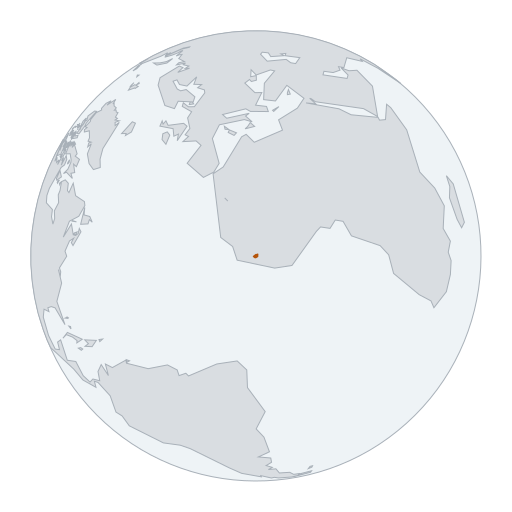 the Earth from above Koundara, rotated 318°
{"feature_id": "GIN-5646", "entity_name": "Koundara", "entity_type": "Prefecture", "adm_level": 1, "iso_a3": "GIN", "parent_name": "Guinea", "parent_adm1": "", "projection": "orthographic", "projection_center": [-13.196, 12.344], "detail": "fine", "context": "on_globe", "style": "filled", "palette": "amber", "viewbox_px": 512, "rotation_deg": 318, "n_neighbors": 0, "source": "natural_earth", "source_scale": "10m", "svg_char_len": 9208}
<svg xmlns="http://www.w3.org/2000/svg" viewBox="0 0 512 512"><g transform="rotate(318 256 256)"><circle cx="256" cy="256" r="225" fill="#eef3f6" stroke="#a8b0b8"/><path d="M191.0,40.3L188.2,41.2L187.8,41.8L169.8,51.0L174.3,49.5L170.4,53.0L174.1,52.8L169.7,55.3L176.5,53.1L179.8,51.0L183.9,49.5L186.4,49.4L181.2,52.3L179.2,52.7L179.0,53.6L175.3,55.1L178.6,54.3L172.0,58.2L182.2,54.4L180.0,57.6L174.6,60.2L170.5,59.8L147.8,67.4L141.1,71.1L135.8,76.2L135.8,85.2L130.3,90.0L126.4,96.4L131.5,93.4L136.4,87.5L145.0,84.3L150.0,78.2L154.2,76.2L161.2,70.6L165.2,71.8L165.2,76.3L159.6,81.3L159.4,83.7L168.9,79.6L162.3,90.5L164.9,100.8L162.6,104.0L150.9,107.9L140.6,105.3L125.4,113.0L140.3,108.7L134.4,117.9L135.6,120.0L138.9,120.3L143.1,117.3L142.1,120.9L127.0,125.8L127.7,122.5L132.4,120.8L127.5,120.0L117.3,124.6L115.2,129.5L102.0,133.3L100.3,137.1L96.5,140.5L100.1,133.9L93.4,146.1L77.6,156.5L68.1,179.2L72.0,160.1L70.0,156.6L66.7,155.2L64.9,158.8L62.9,153.7L57.0,159.1L48.7,176.1L44.5,190.8L47.3,194.1L51.0,187.2L54.7,187.6L46.0,207.2L51.5,213.8L47.5,229.3L48.3,238.6L52.5,238.3L56.4,244.1L61.3,236.1L68.3,233.1L66.3,246.1L71.8,235.5L74.6,242.8L89.7,246.3L88.0,249.0L100.5,267.6L117.3,277.7L121.2,287.9L118.8,293.4L125.4,296.2L125.6,300.0L154.6,310.0L171.8,321.4L172.9,334.5L161.6,348.1L158.7,377.8L140.4,384.6L140.7,395.9L135.0,410.5L123.3,406.9L131.8,416.0L129.5,419.7L123.3,418.5L126.7,424.0L122.3,423.0L128.4,427.5L128.2,432.9L136.3,439.3L137.9,443.5L143.3,447.1L141.4,446.5L141.2,447.1L143.5,448.8L134.5,444.0L124.2,436.0L121.6,432.8L118.9,431.3L112.6,422.4L112.2,423.7L99.9,407.9L94.3,395.4L78.2,355.1L73.1,345.9L62.1,332.9L48.2,297.4L49.5,285.3L47.5,278.3L54.1,262.3L54.0,244.3L52.1,240.9L49.2,246.5L44.4,232.3L44.9,218.1L42.1,186.7L44.4,179.1L48.5,168.6L55.7,152.8L63.8,138.5L72.9,124.8L82.9,111.8L93.9,99.6L105.7,88.2L118.4,77.7L131.7,68.1L145.8,59.5L160.4,52.0L175.5,45.6L191.0,40.3ZM64.7,186.6L71.2,201.6L64.7,200.7L66.4,199.1L65.4,193.5L62.4,187.5L57.5,187.9L64.7,186.6ZM74.0,176.0L72.6,174.4L74.3,175.0L74.0,176.0ZM158.6,70.4L159.8,70.5L157.9,71.5L158.6,70.4ZM160.4,68.1L157.2,69.1L157.6,68.2L159.6,67.5L160.4,68.1ZM164.3,67.0L158.7,66.4L159.5,64.9L167.6,61.3L164.3,67.0ZM179.8,50.4L176.4,52.7L176.9,51.0L179.8,50.4ZM179.1,49.8L174.8,48.1L181.1,45.2L181.3,46.1L187.6,43.0L192.7,42.3L190.4,43.9L185.3,45.8L191.2,44.2L179.1,49.8ZM185.6,48.8L184.1,48.5L189.5,45.9L193.3,46.1L190.4,46.8L185.6,48.8ZM186.7,42.7L191.3,41.1L196.8,40.0L199.3,39.3L193.4,42.1L186.7,42.7ZM190.4,47.4L195.1,46.3L194.9,47.5L187.3,49.0L190.4,47.4ZM189.3,45.3L192.0,44.1L191.7,44.8L189.3,45.3ZM196.7,52.2L194.9,51.4L197.5,49.9L196.7,52.2ZM196.9,45.8L197.0,45.4L197.8,44.9L200.7,44.5L196.9,45.8ZM197.7,41.4L199.0,41.4L200.4,40.1L204.5,39.6L199.8,41.7L203.6,40.6L204.9,40.5L199.6,42.4L197.7,41.4ZM206.3,42.6L201.7,45.7L204.5,47.2L202.2,48.5L198.1,45.9L206.3,42.6ZM202.8,42.3L204.4,42.7L200.8,43.8L197.4,44.3L202.8,42.3ZM209.0,38.7L203.9,38.9L205.1,38.5L209.0,38.7ZM207.8,42.8L208.9,42.1L208.4,42.7L207.8,42.8ZM209.5,39.6L207.5,39.6L208.9,39.1L209.5,39.6ZM212.7,40.8L211.2,41.7L208.8,41.9L212.7,40.8ZM211.8,40.0L214.2,39.4L208.9,41.4L210.7,40.1L211.8,40.0ZM211.1,39.1L211.3,38.8L211.8,39.2L211.1,39.1ZM222.4,39.9L216.2,42.4L211.1,42.7L217.7,40.1L222.4,39.9ZM151.8,453.2L136.4,445.3L144.0,449.2L143.4,447.5L153.6,452.8L151.8,453.2ZM152.6,449.0L155.4,448.5L157.7,449.7L156.3,450.3L152.6,449.0ZM472.2,192.6L472.3,192.9L472.6,194.2L478.1,218.6L479.1,224.9L472.2,198.0L465.3,179.1L465.2,182.5L456.1,169.4L447.4,174.8L444.0,170.5L442.8,174.1L436.1,171.3L430.1,164.2L427.0,166.2L442.5,185.0L445.5,183.1L445.1,173.2L449.1,180.6L455.3,185.5L456.2,207.7L439.7,233.7L434.5,218.4L403.3,181.0L402.3,176.1L402.0,175.6L401.4,174.7L402.2,182.9L395.6,175.7L416.2,202.2L421.2,214.7L439.5,234.7L438.7,237.7L443.5,241.3L454.6,230.6L455.4,235.9L452.4,263.1L433.9,303.2L434.3,325.1L429.5,344.7L413.5,360.8L410.4,375.0L401.4,381.8L397.9,390.0L388.1,399.8L373.6,409.9L353.6,413.5L356.0,406.5L351.4,393.9L346.6,361.0L355.4,343.9L355.2,331.4L340.4,304.9L343.9,288.5L339.0,282.3L329.5,285.0L323.4,277.6L317.3,278.1L276.4,287.1L261.8,277.5L239.2,246.5L245.0,233.3L242.2,218.6L279.1,166.2L291.2,167.9L325.1,157.8L330.1,159.0L330.8,170.3L359.9,180.2L363.9,169.9L385.7,173.8L397.2,170.9L393.1,149.8L374.2,153.8L366.3,144.9L377.8,133.2L393.7,130.9L391.2,127.4L377.3,121.6L377.0,114.3L372.0,119.2L376.9,122.1L373.9,125.6L369.3,123.2L369.3,120.5L363.4,120.0L364.5,133.9L369.7,138.4L356.6,143.6L363.9,151.9L361.8,156.9L348.6,144.8L346.9,139.8L325.8,128.5L326.4,134.0L346.4,145.4L341.9,145.0L342.9,153.7L338.6,146.8L316.6,134.0L302.2,139.5L290.6,162.5L280.8,165.4L269.5,162.4L266.9,141.0L289.2,137.0L288.5,130.4L278.2,122.1L285.9,122.0L284.4,118.5L292.2,117.0L297.6,107.6L304.7,105.7L301.3,95.5L304.5,93.5L305.6,99.9L310.1,103.8L327.1,100.5L328.8,98.0L325.2,91.9L330.3,92.2L324.7,86.8L331.8,83.2L318.4,83.5L313.9,77.4L315.1,72.2L311.3,70.6L309.2,79.2L310.5,82.8L315.5,85.6L317.1,96.8L312.4,99.5L301.7,88.9L294.0,91.9L289.0,83.2L297.6,63.5L304.0,59.3L326.1,63.5L327.8,67.1L320.7,67.2L332.3,72.0L328.9,69.2L333.2,69.9L329.9,65.2L332.8,65.4L324.8,60.8L327.9,60.7L332.9,63.6L330.7,57.6L335.8,56.7L333.9,55.3L330.5,54.0L339.2,54.4L337.4,53.4L333.9,52.8L328.1,50.6L321.2,47.2L324.6,47.5L327.6,48.7L338.8,52.3L346.1,56.3L346.7,56.2L341.2,52.9L327.5,48.4L322.4,46.3L328.8,47.8L326.1,47.1L324.6,46.2L326.3,45.8L319.3,44.0L298.6,36.2L299.8,35.5L307.7,37.2L298.0,34.7L314.0,38.3L329.8,43.2L345.2,49.1L360.1,56.2L374.4,64.3L388.1,73.5L401.1,83.7L413.3,94.7L424.7,106.7L435.2,119.4L444.7,132.9L453.2,147.0L460.6,161.7L467.0,177.0L472.2,192.6ZM271.6,191.9L271.8,196.3L271.6,191.9ZM414.2,139.5L421.3,137.9L411.7,126.7L413.7,125.4L409.7,122.4L411.0,126.0L400.4,117.7L401.1,113.3L397.0,108.7L394.4,109.1L394.7,118.7L410.0,130.1L411.1,135.6L414.2,139.5ZM90.3,246.3L91.9,249.3L89.2,248.7L90.3,246.3ZM62.3,205.6L64.4,206.8L65.0,209.2L63.1,209.2L62.3,205.6ZM83.4,213.0L86.5,215.1L82.6,215.1L83.4,213.0ZM72.6,203.7L80.9,211.9L73.5,213.7L68.5,208.7L72.8,209.0L72.6,203.7ZM70.0,182.8L71.0,184.3L69.7,186.4L70.0,182.8ZM75.2,176.5L74.6,176.5L74.7,174.4L75.2,176.5ZM135.3,117.6L136.5,117.3L139.2,118.4L136.6,119.4L135.3,117.6ZM158.9,115.4L156.9,121.3L156.5,117.5L152.6,119.7L146.9,115.1L161.2,105.4L155.7,110.4L158.9,115.4ZM143.4,107.0L145.4,110.5L142.7,107.1L143.4,107.0ZM268.6,102.8L273.1,104.4L272.8,108.5L263.8,112.7L264.1,106.6L268.6,102.8ZM279.6,105.9L271.5,95.2L276.7,92.8L275.2,95.8L279.5,95.3L278.1,100.1L291.0,109.0L291.6,113.4L274.6,117.6L279.9,113.5L275.1,112.0L279.6,105.9ZM241.5,78.1L238.0,75.1L253.9,73.5L255.3,76.6L246.4,80.5L239.6,79.1L241.5,78.1ZM179.7,61.4L177.3,61.6L178.8,60.6L181.9,59.7L179.7,61.4ZM195.6,51.9L191.4,60.4L188.5,60.8L189.5,66.1L182.3,69.4L181.9,65.7L177.1,72.7L173.8,70.7L171.4,75.5L171.2,66.9L168.1,65.9L174.3,65.6L181.1,62.5L183.0,60.8L186.3,55.7L182.9,52.7L189.0,49.7L194.3,48.4L196.0,48.7L191.5,50.4L197.1,49.5L191.9,52.3L195.6,51.9ZM252.2,43.7L246.2,44.2L256.6,45.8L251.4,47.3L252.9,47.4L251.0,49.5L251.3,52.4L248.3,52.9L249.7,53.9L248.5,55.5L249.4,57.1L244.4,58.8L245.1,61.0L242.3,60.6L244.9,64.1L240.7,62.4L238.6,64.8L243.8,65.2L214.1,73.7L204.9,79.7L199.5,86.0L193.0,83.0L193.8,75.6L199.0,67.3L208.7,62.4L204.0,62.3L207.3,60.1L209.7,61.1L208.0,58.3L211.3,56.8L215.9,51.4L211.4,49.0L213.0,47.3L216.4,47.5L215.5,45.7L223.1,45.1L224.4,44.0L233.1,42.6L239.0,44.2L240.0,42.9L246.7,42.2L252.2,43.7ZM224.9,39.5L233.1,40.3L234.3,41.8L218.6,43.7L216.4,44.8L206.3,46.7L204.8,44.7L207.8,44.3L210.4,43.4L209.8,44.4L212.2,43.0L216.4,42.5L219.4,41.4L221.2,41.9L224.9,39.5ZM333.0,154.2L336.4,154.2L341.0,153.0L341.7,158.8L333.0,154.2ZM318.0,145.6L320.6,144.5L323.9,151.4L320.4,151.7L318.0,145.6ZM319.3,138.4L320.5,143.9L317.8,141.1L319.3,138.4ZM307.7,98.8L310.2,97.5L311.6,98.9L311.5,101.3L307.7,98.8ZM281.9,51.2L278.3,50.6L278.4,50.0L272.2,47.4L275.6,46.4L280.6,47.6L281.9,51.2ZM391.5,154.0L389.8,158.6L387.3,157.1L388.4,155.8L391.5,154.0ZM365.8,158.8L373.0,160.3L365.9,160.4L365.8,158.8ZM284.6,49.7L281.6,48.7L285.1,48.8L284.6,49.7ZM277.7,45.6L281.3,45.5L275.3,46.0L277.7,45.6ZM450.8,334.4L433.4,370.4L427.7,372.6L430.0,363.3L438.7,342.2L446.5,334.1L451.2,323.7L450.8,334.4ZM309.0,44.0L313.8,48.2L319.5,51.6L326.2,53.5L318.9,53.0L310.1,47.8L309.0,44.0ZM299.5,36.9L293.7,35.9L294.7,35.7L296.2,35.9L299.5,36.9ZM297.0,36.8L292.6,37.0L288.4,36.1L292.7,36.0L297.0,36.8ZM288.9,42.1L290.1,43.3L287.3,43.1L288.9,42.1ZM282.9,32.3L282.6,32.3L282.9,32.3Z" fill="#d9dde1" stroke="#a8b0b8" stroke-width="1"/><path d="M255.4,254.8L255.5,254.8L255.8,254.8L256.0,254.9L256.3,254.9L256.5,254.9L256.5,255.0L256.4,255.3L256.5,255.4L256.5,255.5L256.8,255.5L256.9,255.4L256.9,255.2L257.1,255.2L257.2,255.3L257.3,255.4L257.3,255.5L257.5,255.5L257.9,255.6L258.0,255.6L258.3,255.8L258.2,256.0L257.9,256.2L257.9,256.3L257.6,256.3L257.4,256.7L257.3,256.8L257.2,257.0L256.9,257.0L256.7,257.2L256.7,257.3L255.9,257.3L255.7,257.2L255.4,256.9L255.5,256.7L255.4,256.5L255.3,256.4L255.3,256.2L255.2,256.1L255.0,256.3L255.0,256.2L254.9,256.2L254.9,256.3L254.8,256.2L254.7,256.2L254.7,256.3L254.6,256.2L254.5,256.3L254.2,256.4L254.1,256.2L254.1,255.9L254.2,255.6L254.2,255.4L254.0,255.2L253.9,255.1L254.0,254.7L255.2,254.8L255.4,254.8Z" fill="#f59e0b" stroke="#b45309" stroke-width="1.5"/></g></svg>